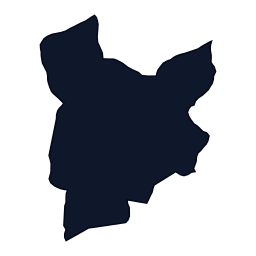 the district of Orlândia, São Paulo, Brazil
{"feature_id": "56859067B71991495502873", "entity_name": "Orlândia", "entity_type": "district", "adm_level": 2, "iso_a3": "BRA", "parent_name": "Brazil", "parent_adm1": "São Paulo", "projection": "albers", "projection_center": [-47.895, -20.7], "detail": "fine", "context": "isolated", "style": "filled", "palette": "ink", "viewbox_px": 256, "rotation_deg": 0, "n_neighbors": 0, "source": "geoboundaries", "source_scale": "gbopen_adm2", "svg_char_len": 1788}
<svg xmlns="http://www.w3.org/2000/svg" viewBox="0 0 256 256"><path d="M66.1,240.6L88.6,227.9L96.6,226.8L125.6,222.5L127.9,220.0L129.3,216.2L129.3,212.0L129.2,207.7L127.5,203.6L127.0,199.8L146.7,203.1L148.6,199.3L149.9,196.3L152.0,192.3L153.0,188.1L154.1,185.0L175.7,171.6L180.8,174.8L184.0,175.6L187.8,174.5L191.5,172.1L195.0,171.6L193.5,168.6L196.1,161.3L196.5,156.5L198.0,152.9L200.6,150.5L202.6,147.9L206.1,144.1L207.8,140.9L209.0,135.9L206.5,132.8L202.9,131.6L199.1,127.8L197.1,126.0L193.8,123.8L190.4,119.2L188.7,116.2L187.4,112.2L188.7,108.8L190.8,106.0L193.8,105.2L195.5,100.9L198.3,97.8L202.5,95.0L205.4,92.4L208.3,89.6L209.8,87.0L212.1,83.4L213.2,79.8L213.5,76.1L215.6,71.5L214.1,66.8L212.3,64.5L210.9,62.2L211.1,58.2L211.1,55.3L210.2,49.6L210.4,45.3L211.5,41.2L208.8,42.5L204.9,44.7L201.3,46.8L198.3,48.9L194.1,50.4L189.6,51.9L184.7,53.5L181.8,54.2L179.0,55.0L175.8,56.3L173.2,57.8L170.8,59.8L167.4,60.9L163.3,63.2L160.6,66.6L158.3,69.6L157.1,72.5L156.4,76.1L148.6,76.2L141.9,75.7L138.4,72.5L132.0,69.7L127.9,67.4L125.6,65.7L122.2,63.1L117.0,60.4L113.8,59.2L108.5,59.1L102.8,58.9L102.3,53.1L99.6,46.8L97.6,42.5L97.1,36.7L98.0,24.4L97.4,21.1L96.4,17.7L94.5,15.4L91.1,17.4L88.1,19.5L85.4,21.2L80.9,23.2L74.0,26.7L70.3,28.5L66.1,31.0L61.5,32.5L52.0,34.4L47.6,36.3L44.2,38.6L42.0,41.9L40.4,44.7L40.7,49.0L41.3,52.1L41.3,55.6L41.9,59.4L42.6,63.2L44.4,66.7L47.1,72.1L47.7,75.7L47.8,80.0L48.6,83.5L49.9,87.3L51.6,91.4L53.5,93.6L58.3,97.8L63.8,103.2L61.9,105.9L59.6,108.1L57.8,110.7L56.7,114.5L56.5,118.8L49.1,155.5L50.3,159.6L51.2,163.6L51.0,172.3L49.2,178.8L50.8,182.7L54.3,185.6L57.5,187.3L61.1,188.7L64.7,189.5L67.8,189.8L66.4,193.4L66.1,197.8L66.1,202.5L64.9,205.9L63.9,225.6L66.2,229.5L64.8,233.5L64.7,237.2L66.1,240.6Z" fill="#0f172a" stroke="#020617" stroke-width="1.5"/></svg>